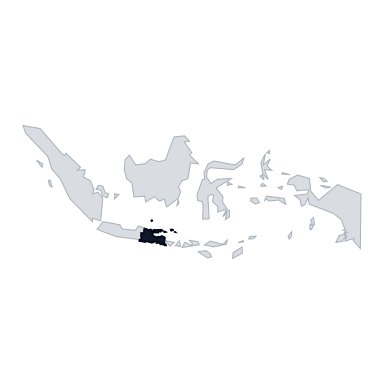 Jawa Timur highlighted on a map of Indonesia
{"feature_id": "IDN-1233", "entity_name": "Jawa Timur", "entity_type": "Province", "adm_level": 1, "iso_a3": "IDN", "parent_name": "Indonesia", "parent_adm1": "", "projection": "robinson", "projection_center": [113.217, -7.252], "detail": "fine", "context": "in_parent", "style": "filled", "palette": "ink", "viewbox_px": 384, "rotation_deg": 0, "n_neighbors": 0, "source": "natural_earth", "source_scale": "10m", "svg_char_len": 8532}
<svg xmlns="http://www.w3.org/2000/svg" viewBox="0 0 384 384"><path d="M129.3,155.2L135.8,164.9L145.4,163.7L150.4,159.1L158.8,161.8L165.4,160.0L174.0,137.0L184.5,135.8L189.5,141.2L184.2,141.8L191.7,152.7L189.6,155.2L198.5,163.9L190.5,162.9L188.0,178.6L181.9,180.9L178.4,187.1L180.6,191.4L178.3,198.3L166.7,207.0L164.2,199.2L159.4,201.1L154.5,196.7L145.8,201.9L144.6,196.3L134.0,197.0L131.9,182.8L126.6,178.9L124.2,169.2L125.2,159.6L129.3,155.2ZM23.0,125.5L40.1,128.6L62.0,153.8L64.7,155.8L65.9,153.2L80.5,167.3L77.0,170.3L85.3,169.7L83.5,177.0L90.4,180.8L94.0,189.7L92.5,193.9L98.0,192.1L102.8,198.1L100.7,220.8L92.5,218.3L92.3,221.6L69.8,198.6L60.4,179.1L51.9,169.2L47.8,156.5L25.6,133.1L23.0,125.5ZM361.0,194.0L360.3,248.5L353.3,240.7L354.1,238.5L345.0,241.1L346.6,235.7L344.1,232.8L345.0,232.4L346.4,232.6L347.3,232.3L343.1,230.2L345.0,229.6L341.3,219.6L333.5,213.5L309.2,204.1L308.2,197.7L304.9,204.8L301.3,206.1L300.2,199.7L294.4,195.5L307.2,194.1L308.9,189.7L296.9,190.9L294.2,185.2L287.3,184.1L289.2,179.3L297.6,175.1L309.3,178.4L310.9,191.5L318.6,200.3L337.6,184.6L361.0,194.0ZM242.1,163.8L233.8,169.6L210.3,167.7L207.4,169.9L206.5,176.8L210.9,183.6L217.6,179.1L231.4,178.6L216.0,187.9L222.9,196.5L222.6,202.4L227.2,208.9L217.7,212.0L217.9,206.4L212.5,201.6L213.7,195.2L210.8,194.5L207.9,196.8L209.1,218.9L202.6,219.1L203.2,205.9L202.0,201.5L197.6,200.6L197.0,194.9L202.4,179.7L204.8,179.3L203.9,172.9L208.0,164.0L214.0,161.0L235.1,165.0L243.8,158.0L242.1,163.8ZM103.1,221.6L119.8,224.8L122.4,229.0L135.3,230.3L138.3,225.9L150.8,230.1L154.3,236.2L164.6,237.4L164.5,242.5L165.9,245.6L156.1,241.5L116.8,236.8L97.1,229.4L103.1,221.6ZM263.2,165.0L270.2,159.0L267.1,166.0L271.8,170.3L264.3,169.6L268.3,179.6L262.9,174.2L260.9,162.6L265.4,153.7L263.2,165.0ZM266.5,196.1L284.1,198.3L285.8,204.4L278.7,200.0L268.9,201.0L266.0,198.6L264.3,201.4L266.5,196.1ZM226.3,244.2L213.4,246.9L204.4,244.9L210.3,241.1L222.9,244.4L227.3,240.0L226.3,244.2ZM189.3,240.4L197.9,241.6L199.4,244.7L182.1,247.5L184.9,242.2L190.9,245.2L192.8,244.1L189.3,240.4ZM242.1,247.0L242.3,253.1L232.6,258.5L233.1,252.6L242.1,247.0ZM102.8,186.1L105.2,192.8L108.6,193.7L107.4,197.8L102.5,195.8L100.9,190.4L96.1,189.2L98.5,185.3L102.8,186.1ZM342.4,241.4L335.9,242.3L339.2,235.5L344.3,234.0L345.8,236.6L342.4,241.4ZM205.9,250.6L209.9,253.5L211.7,256.8L207.6,257.9L198.1,251.8L205.9,250.6ZM256.7,198.0L259.4,202.5L255.3,204.1L250.7,200.8L250.9,198.1L256.7,198.0ZM165.1,240.5L174.2,242.5L170.0,246.2L165.1,240.5ZM179.3,240.8L180.7,246.5L175.3,245.7L179.3,240.8ZM118.9,194.7L114.4,199.0L114.8,193.6L118.9,194.7ZM313.5,217.6L314.5,224.8L312.4,225.2L310.8,219.9L313.5,217.6ZM162.2,230.4L155.2,232.6L152.2,231.3L162.2,230.4ZM229.4,210.2L229.5,216.8L225.4,219.5L227.0,210.8L229.4,210.2ZM36.5,160.2L42.8,164.0L42.0,167.4L36.5,160.2ZM52.0,187.0L49.5,185.6L48.3,180.3L50.2,180.1L52.0,187.0ZM289.3,239.1L288.0,236.5L291.7,231.7L291.6,236.0L289.3,239.1ZM282.6,172.7L289.9,174.6L281.7,173.9L282.6,172.7ZM238.6,186.0L245.3,187.8L238.0,187.7L238.6,186.0ZM226.3,213.4L222.8,216.7L225.9,210.8L226.3,213.4ZM319.7,177.6L323.5,178.2L327.1,181.3L323.6,182.0L319.7,177.6ZM256.0,236.3L253.5,238.7L248.6,239.0L249.9,236.3L256.0,236.3ZM313.1,226.1L311.5,229.5L309.8,229.3L310.1,224.0L313.1,226.1ZM266.2,186.0L261.9,186.6L260.6,185.4L262.5,183.3L266.2,186.0ZM320.4,185.5L325.7,186.0L330.8,187.2L325.9,188.0L320.4,185.5ZM227.5,182.0L231.9,184.3L227.3,185.4L227.5,182.0ZM269.7,153.5L266.7,152.9L269.5,150.4L269.7,153.5ZM238.1,242.6L243.1,240.6L243.6,241.8L238.1,242.6ZM282.5,186.3L281.7,189.3L278.0,187.8L279.8,186.9L282.5,186.3ZM178.8,203.6L176.8,205.7L178.4,199.4L178.8,203.6ZM262.0,174.8L264.3,178.9L263.4,179.5L260.0,176.3L262.0,174.8Z" fill="#d9dde1" stroke="#a8b0b8" stroke-width="1"/><path d="M144.4,228.5L144.8,228.8L145.4,229.1L146.0,229.1L146.4,228.9L146.6,228.9L146.9,229.2L147.4,229.8L147.5,229.9L147.7,230.0L148.3,229.9L148.5,229.8L148.9,229.8L149.4,229.7L149.5,229.7L149.9,229.8L150.1,229.7L150.6,230.0L150.9,230.0L151.0,230.0L151.0,229.8L151.0,229.6L151.3,229.8L151.3,230.1L151.2,230.4L151.2,230.7L151.4,231.1L151.5,231.1L151.8,231.2L151.4,231.3L151.4,231.5L151.5,231.8L151.8,232.0L151.9,232.3L151.3,232.3L151.4,232.5L152.0,232.9L152.4,232.5L152.5,232.4L152.7,232.5L152.8,232.6L152.9,232.9L153.0,233.2L152.9,233.6L152.9,234.0L152.5,234.4L152.5,234.5L152.5,235.2L153.1,235.7L154.0,236.2L154.5,236.2L154.7,236.3L155.2,236.8L155.7,237.0L156.0,236.9L156.2,237.0L156.3,237.3L156.6,237.3L157.3,236.9L157.7,236.8L158.0,236.6L159.1,236.8L159.4,236.7L159.6,236.7L159.9,236.8L160.0,236.8L160.4,236.5L160.5,236.4L160.9,236.5L161.2,236.4L161.7,235.9L162.0,235.9L162.2,236.0L162.5,236.4L162.6,236.6L162.9,236.7L163.1,236.7L163.5,236.6L164.0,237.0L164.4,237.0L164.9,237.4L165.0,237.5L165.0,238.2L164.9,238.5L164.9,238.8L164.9,239.2L164.6,240.4L164.3,242.5L164.3,242.9L164.4,243.5L164.5,243.5L164.6,243.4L164.6,242.9L164.7,243.0L164.8,243.3L164.8,243.8L164.9,244.2L165.0,244.3L165.4,244.4L165.6,244.5L166.0,244.7L166.2,245.1L166.2,245.3L166.0,245.6L165.7,245.6L165.1,245.4L164.9,245.3L164.5,245.4L164.3,245.3L164.3,245.2L164.5,245.0L164.4,244.7L164.2,244.4L163.8,244.2L163.5,244.2L163.2,244.4L163.1,244.5L162.9,244.3L162.7,244.3L162.4,244.5L162.0,244.4L161.9,244.2L161.5,244.3L161.4,244.2L161.4,243.9L161.0,243.9L160.7,243.8L160.4,243.6L160.3,243.8L160.2,243.4L159.9,243.4L159.8,243.5L159.6,243.5L159.6,243.3L159.5,243.2L159.3,243.3L159.2,243.3L159.1,243.2L159.0,242.9L158.6,242.9L158.5,242.7L158.1,242.7L157.9,242.5L157.7,242.3L157.3,242.4L157.2,242.3L156.8,241.8L156.6,241.7L156.3,241.6L156.0,241.5L155.7,241.4L154.8,241.6L154.4,241.6L154.1,241.8L153.8,242.3L153.5,242.5L153.3,242.4L153.2,242.4L152.9,242.4L152.7,242.3L152.4,242.6L152.0,242.6L151.8,242.9L151.4,242.6L151.1,242.5L150.7,242.4L150.1,242.4L149.8,242.2L149.6,242.2L149.4,241.9L149.0,241.9L148.8,242.0L148.7,242.0L148.5,241.9L148.4,241.8L147.1,241.7L146.9,241.6L146.7,241.4L146.3,241.6L146.1,241.6L146.0,241.4L145.8,241.4L145.6,241.4L145.3,241.3L145.2,241.5L145.2,241.8L144.9,241.6L144.6,242.0L144.3,242.1L144.2,242.0L144.2,241.8L143.9,241.9L143.6,241.8L143.5,241.7L143.4,241.8L142.8,241.7L142.8,241.4L142.6,241.4L142.4,241.4L142.2,241.3L141.7,241.3L141.5,241.2L140.8,241.5L140.7,241.5L140.6,241.3L140.6,241.2L140.3,241.1L140.3,240.9L140.2,240.9L140.0,241.2L139.9,241.2L139.6,241.2L139.1,241.0L139.2,240.5L139.2,240.2L139.4,239.9L140.2,239.2L140.6,238.9L140.9,238.8L141.1,238.6L141.4,238.7L141.5,238.6L141.6,238.3L141.8,237.8L141.8,237.3L141.6,237.1L141.4,236.8L141.0,236.7L140.9,236.7L140.8,236.2L141.1,236.0L141.1,235.9L141.0,235.6L140.9,235.2L141.0,234.1L140.9,233.3L141.0,233.0L141.1,232.8L141.3,232.9L141.5,233.0L141.7,232.9L142.0,233.1L142.5,233.3L142.8,233.3L142.8,233.2L143.3,232.7L143.6,232.4L144.0,232.0L144.0,231.9L143.9,231.4L143.9,231.1L143.9,230.4L144.1,229.1L144.4,228.5ZM162.0,230.0L162.3,230.2L162.4,230.3L162.5,230.6L162.3,230.6L162.0,230.8L161.5,230.9L161.3,231.1L161.1,231.2L160.8,231.2L160.7,231.5L160.8,231.6L160.7,231.8L160.4,231.8L159.1,231.7L159.0,231.8L158.7,231.8L158.5,232.0L158.3,232.7L158.0,232.8L157.9,232.7L157.7,232.6L157.4,232.6L156.2,232.6L155.6,232.6L155.4,232.3L155.3,232.2L155.1,231.9L155.0,232.0L155.3,232.5L155.2,232.7L152.9,232.1L152.2,232.1L152.2,231.7L152.2,231.4L152.1,231.6L152.0,231.2L152.3,231.0L152.5,230.8L152.7,230.6L153.1,230.1L153.3,229.9L153.6,229.8L154.1,229.8L154.7,229.7L155.3,229.9L156.3,229.8L157.5,229.8L158.1,229.9L159.2,229.7L160.1,229.8L161.1,229.6L161.4,229.7L161.5,229.7L161.8,229.9L162.0,230.0ZM173.2,229.9L173.2,230.2L172.7,230.2L172.4,230.1L172.1,230.1L171.8,230.0L171.5,230.1L171.8,230.3L171.9,230.5L171.6,230.6L171.3,230.3L171.2,230.5L171.3,230.7L171.2,230.8L171.0,230.6L171.0,230.2L170.7,230.3L170.6,230.2L170.6,229.9L170.9,229.6L170.9,229.4L171.0,229.4L171.8,229.4L172.4,229.4L173.1,229.8L173.2,229.9ZM152.0,220.1L152.3,220.4L152.3,220.6L152.3,220.8L152.2,221.0L151.8,221.1L151.7,221.0L151.3,221.1L151.2,220.8L151.2,220.6L151.4,220.4L151.6,220.1L152.0,220.1ZM164.3,231.3L164.5,231.8L164.5,232.2L164.4,232.2L164.1,232.1L163.9,232.0L163.8,231.9L163.6,231.6L163.6,231.4L163.8,231.2L164.0,231.2L164.3,231.3ZM175.6,231.6L175.6,231.8L175.6,232.1L175.4,232.3L175.2,232.4L174.9,232.3L174.6,232.2L174.5,231.9L174.7,231.7L174.8,231.7L174.9,231.9L174.9,232.0L175.1,232.0L175.5,232.1L175.4,232.0L175.4,231.9L175.5,231.8L175.6,231.6ZM157.2,242.9L157.3,243.0L157.0,243.2L156.4,243.3L156.3,243.2L156.3,242.9L156.4,242.7L156.7,242.8L157.2,242.9ZM166.0,231.8L166.2,232.1L165.3,232.1L165.3,231.9L165.6,231.7L166.0,231.8Z" fill="#0f172a" stroke="#020617" stroke-width="1.5"/></svg>